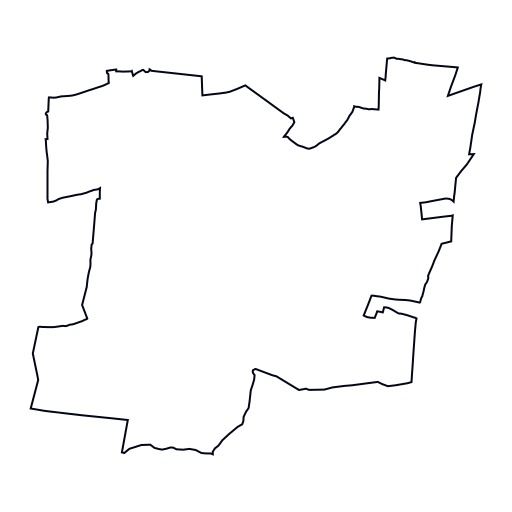 Plesoi, Dolj, Romania (orthographic projection)
{"feature_id": "2599482B69646126792007", "entity_name": "Plesoi", "entity_type": "district", "adm_level": 2, "iso_a3": "ROU", "parent_name": "Romania", "parent_adm1": "Dolj", "projection": "orthographic", "projection_center": [23.536, 44.344], "detail": "fine", "context": "isolated", "style": "outline", "palette": "ink", "viewbox_px": 512, "rotation_deg": 0, "n_neighbors": 0, "source": "geoboundaries", "source_scale": "gbopen_adm2", "svg_char_len": 5857}
<svg xmlns="http://www.w3.org/2000/svg" viewBox="0 0 512 512"><path d="M411.5,382.1L412.0,374.0L412.6,365.9L413.3,354.9L415.0,330.7L415.8,322.1L416.5,318.5L415.4,317.8L413.7,317.4L410.8,316.4L407.5,315.3L406.1,314.9L403.8,314.3L401.8,313.8L400.9,313.6L399.7,313.6L399.1,313.5L398.1,313.2L394.9,311.3L393.6,310.5L391.6,309.4L389.7,308.5L388.5,307.9L387.2,307.6L385.9,307.4L384.1,307.3L382.8,312.4L379.7,311.7L377.5,311.4L377.1,311.4L376.5,313.5L375.6,315.6L374.7,317.9L370.4,317.7L367.6,317.2L365.2,316.3L363.7,315.5L368.4,303.8L371.5,295.7L373.5,295.7L376.1,296.1L380.8,296.7L388.9,298.6L391.9,299.0L394.6,299.4L398.0,299.7L400.0,299.8L402.7,299.9L405.4,300.0L410.0,300.5L414.8,301.5L419.7,302.6L420.1,302.2L420.4,301.2L421.0,298.9L421.4,297.7L422.1,296.6L422.3,296.2L422.6,294.8L423.5,291.6L424.2,288.2L424.8,286.0L425.2,284.7L425.8,283.7L426.8,282.3L427.3,281.1L427.8,279.8L428.2,278.6L428.3,277.3L428.0,276.2L428.9,273.8L432.4,265.8L434.3,260.7L438.8,251.0L441.6,243.8L451.2,241.4L451.8,225.8L452.4,219.2L452.7,215.4L451.6,215.8L448.3,216.1L441.6,216.9L433.7,217.9L424.2,219.1L422.1,219.4L422.0,218.8L421.8,216.4L421.3,211.5L420.8,206.8L420.3,203.5L420.2,202.9L425.7,202.3L427.3,202.0L431.2,201.2L443.5,198.9L444.9,198.6L447.5,198.6L449.3,198.9L450.7,199.4L452.8,200.8L453.6,201.6L454.3,194.6L454.5,194.0L454.8,191.0L455.3,185.7L456.1,177.8L461.3,170.9L466.8,164.5L471.1,158.1L473.8,154.1L469.1,154.3L470.3,147.8L472.2,134.8L474.8,122.4L475.9,115.6L477.2,108.7L478.4,102.6L479.4,96.5L480.1,92.6L480.6,88.1L481.3,84.4L474.0,86.7L447.9,95.9L450.9,86.9L455.3,75.2L457.8,67.5L457.5,67.4L432.7,65.3L427.7,64.7L417.7,63.2L414.8,62.8L414.6,62.2L414.4,62.3L414.1,62.3L413.4,62.3L412.9,62.1L412.4,61.9L409.3,60.9L407.9,60.6L407.3,60.4L406.1,60.2L405.5,60.1L405.0,60.2L404.4,60.1L403.3,59.6L402.0,59.3L400.1,59.1L398.5,58.8L396.7,58.8L395.5,58.3L394.3,57.7L393.0,57.7L391.9,57.8L390.7,58.0L390.1,58.3L388.9,58.3L388.2,58.5L387.9,58.5L387.2,58.5L387.2,58.8L387.0,60.3L386.7,63.7L386.4,67.1L385.8,73.8L385.6,77.1L385.2,80.4L384.8,80.2L382.9,79.4L380.6,78.4L379.4,77.9L379.4,80.2L379.3,84.1L379.2,88.5L379.0,91.6L378.9,96.1L378.8,102.4L378.7,106.8L378.5,109.6L378.4,109.6L376.1,109.4L373.7,109.2L372.0,109.0L370.2,109.2L368.9,109.3L367.6,109.0L366.1,108.7L365.4,108.7L363.6,108.5L362.6,108.2L361.6,107.9L359.4,107.1L358.3,106.9L357.3,106.8L356.3,106.8L355.2,106.6L354.2,106.3L354.2,107.0L353.8,107.9L352.4,111.8L351.3,113.4L349.4,115.9L348.6,117.6L347.2,120.2L345.8,121.9L344.1,124.3L342.9,125.7L340.9,128.3L340.2,129.0L339.8,129.5L339.1,130.5L338.6,131.3L337.5,132.5L337.0,133.0L336.5,133.3L336.2,133.6L335.6,134.1L335.1,134.4L334.6,134.6L334.2,134.7L333.1,135.7L332.1,136.2L329.5,137.9L328.3,138.6L326.6,139.5L324.7,140.5L323.2,141.3L321.3,142.3L319.6,143.2L318.9,143.7L318.0,144.4L317.0,145.3L315.8,146.1L314.7,146.8L313.4,147.3L311.8,147.9L310.4,148.4L309.5,148.7L308.3,148.6L307.4,148.5L306.8,148.3L303.7,147.1L302.1,146.5L301.1,146.3L298.1,145.3L296.2,144.1L293.0,141.7L291.5,140.6L289.8,139.2L288.8,138.2L288.1,137.3L287.6,137.0L286.5,136.7L285.5,136.7L284.5,136.9L283.8,136.9L284.1,136.4L284.6,135.9L286.6,133.4L288.0,131.4L289.5,129.0L290.9,127.2L291.8,126.3L292.4,125.6L293.3,124.0L293.9,123.0L294.3,122.3L294.3,122.1L292.8,117.8L290.9,118.4L287.6,115.5L284.0,113.5L245.3,85.4L237.2,88.9L229.6,91.8L225.4,92.7L222.7,93.0L220.2,93.4L211.0,94.4L202.4,95.4L201.7,76.3L151.4,70.8L150.0,69.5L149.6,69.3L149.5,70.5L148.3,71.8L146.8,72.2L145.4,71.9L143.3,69.9L142.3,70.0L140.5,71.1L138.5,72.0L136.1,73.4L134.7,74.6L133.2,75.9L133.1,75.7L131.8,71.1L131.7,71.2L130.5,71.4L127.3,71.5L123.1,71.6L120.9,71.5L119.8,71.4L118.2,71.4L116.9,71.3L116.2,71.3L116.2,69.5L111.7,70.1L110.9,70.2L106.8,70.9L107.0,72.6L107.3,73.4L107.7,73.5L108.1,73.7L108.4,74.4L108.5,75.6L108.5,78.5L108.6,80.7L108.6,81.0L108.8,83.0L105.1,84.8L102.0,86.1L98.1,87.3L92.8,89.1L88.6,90.4L84.9,91.7L80.1,93.3L75.7,94.7L72.3,95.5L69.9,95.8L66.0,96.1L62.9,96.3L61.1,96.4L58.6,97.0L56.2,97.5L54.3,97.7L52.9,97.7L51.2,97.5L49.5,97.4L48.9,97.4L48.8,97.8L48.2,111.5L47.2,111.9L46.3,112.6L45.8,113.5L45.8,114.1L46.2,114.8L47.0,115.1L47.3,116.4L47.6,120.9L47.8,127.9L47.2,133.6L47.5,139.0L47.0,139.1L45.6,139.2L45.8,140.0L46.2,147.1L46.6,151.5L47.3,156.8L47.8,161.1L47.5,170.8L47.5,180.4L47.5,198.9L48.1,202.4L53.3,201.6L56.2,200.5L58.7,199.0L62.8,197.7L66.5,197.0L70.9,196.1L74.1,195.4L78.0,194.6L81.3,194.2L83.5,193.5L86.3,192.8L89.1,191.6L91.9,190.7L93.7,189.9L95.1,189.8L98.2,189.2L100.0,188.1L99.8,191.9L99.8,195.7L99.8,198.7L98.5,198.8L97.8,199.0L97.2,199.3L96.9,199.8L96.7,200.4L96.6,201.4L96.6,201.7L96.3,202.4L96.0,207.3L95.9,209.5L95.1,212.9L94.4,221.8L93.3,235.1L92.6,243.5L91.6,244.7L91.5,246.1L91.2,248.9L91.5,253.1L91.3,255.7L90.8,257.9L90.5,259.0L90.4,260.3L90.5,263.7L90.3,266.8L88.8,272.5L87.6,278.9L86.7,287.1L82.1,305.0L87.3,318.6L86.9,319.0L84.6,319.9L81.8,321.3L79.7,321.9L78.8,322.3L74.2,323.9L72.0,324.5L70.7,324.5L70.2,324.6L66.4,326.0L65.1,326.1L63.5,325.9L62.4,325.9L60.2,326.2L57.0,326.7L53.8,327.1L50.4,327.1L47.1,327.1L44.1,327.0L42.6,327.0L40.9,326.8L39.3,326.8L38.4,327.0L32.8,353.5L37.2,374.7L38.2,380.0L30.7,408.5L45.4,411.0L81.3,415.2L111.9,418.3L127.8,420.0L121.9,452.4L124.3,453.0L129.4,448.8L141.4,445.0L150.3,444.7L154.5,447.9L159.2,449.1L162.2,449.6L166.5,448.7L170.3,447.5L173.1,447.6L176.5,449.3L183.1,449.7L189.4,448.9L195.7,450.0L201.4,453.0L205.5,453.4L210.9,453.5L212.8,454.3L212.8,451.7L215.0,448.3L218.4,445.7L222.4,440.2L229.1,434.0L237.6,426.9L242.2,424.3L243.4,420.9L243.6,416.9L246.0,411.8L248.6,408.1L249.6,401.2L250.8,390.2L252.7,384.6L254.1,379.8L254.6,375.2L253.1,373.1L252.7,371.4L252.9,370.3L254.8,369.2L255.7,369.0L272.5,375.3L276.4,376.3L299.0,390.0L306.0,388.7L309.1,389.9L324.3,389.6L332.6,387.4L344.5,385.9L351.9,385.3L377.8,381.9L382.2,384.1L387.9,386.2L395.4,385.3L407.6,383.2L411.5,382.1Z" fill="none" stroke="#020617" stroke-width="2"/></svg>